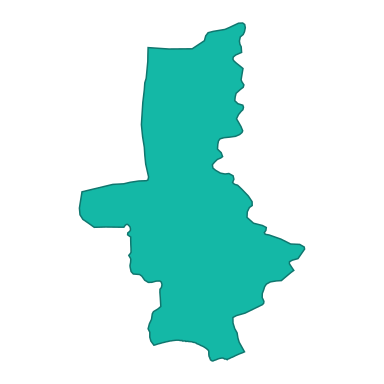 Atlántida, Canelones, Uruguay (Robinson projection)
{"feature_id": "84410073B77727536029585", "entity_name": "Atlántida", "entity_type": "district", "adm_level": 2, "iso_a3": "URY", "parent_name": "Uruguay", "parent_adm1": "Canelones", "projection": "robinson", "projection_center": [-55.769, -34.694], "detail": "fine", "context": "isolated", "style": "filled", "palette": "teal", "viewbox_px": 384, "rotation_deg": 0, "n_neighbors": 0, "source": "geoboundaries", "source_scale": "gbopen_adm2", "svg_char_len": 3721}
<svg xmlns="http://www.w3.org/2000/svg" viewBox="0 0 384 384"><path d="M153.9,345.2L155.5,344.8L156.6,344.4L157.8,344.0L158.9,343.7L159.9,343.5L161.2,343.1L162.1,342.8L162.6,342.7L164.0,342.4L165.1,342.1L166.2,341.8L167.4,341.6L168.7,341.3L169.8,341.0L170.6,340.9L171.7,340.8L172.6,340.6L173.6,340.5L174.4,340.4L175.4,340.3L176.3,340.2L177.3,340.2L178.0,340.2L178.7,340.2L179.3,340.3L180.0,340.5L180.7,340.5L182.1,340.5L182.4,341.0L184.0,341.0L184.8,340.9L185.5,341.1L185.7,341.4L187.3,341.3L188.5,341.4L188.8,341.6L189.7,341.6L191.2,341.7L192.0,341.8L193.2,342.3L193.7,342.4L194.8,342.5L195.5,342.8L196.1,343.0L196.3,343.3L196.7,343.6L198.3,344.2L199.0,344.5L199.5,344.7L200.3,345.2L200.6,345.4L201.2,345.6L202.8,346.3L203.4,346.6L203.8,346.8L204.4,347.3L205.1,347.6L205.5,348.0L206.1,348.3L206.5,348.6L206.8,349.0L207.3,349.3L207.8,349.8L208.1,350.1L208.6,350.9L208.8,351.6L208.8,352.3L208.8,353.2L208.8,353.7L208.8,354.3L208.9,354.8L208.9,355.4L209.1,355.9L209.1,356.6L209.9,357.8L209.9,358.5L210.2,359.0L210.6,359.5L210.5,359.8L211.2,360.4L211.9,360.8L212.9,361.0L214.2,360.4L216.0,359.8L217.8,359.0L219.7,358.4L222.0,358.0L223.3,358.2L224.0,358.5L224.4,359.0L225.3,359.0L225.8,359.0L226.6,359.4L227.2,359.7L227.5,359.3L228.3,358.9L229.6,358.4L231.3,357.5L232.3,357.2L234.4,356.2L235.3,355.7L237.1,354.9L239.1,354.0L241.7,353.0L242.6,352.7L244.5,351.8L239.2,342.3L237.9,338.0L237.1,332.9L234.7,328.6L233.0,323.0L232.9,317.5L236.4,315.6L245.1,313.1L254.1,308.7L262.5,304.6L263.7,303.2L263.9,301.3L262.2,297.6L262.3,293.5L263.7,289.8L264.6,286.8L266.4,284.1L270.4,281.9L276.5,280.9L281.4,280.6L283.8,278.5L291.2,272.3L293.8,270.4L292.3,268.2L289.4,263.8L289.5,261.7L292.3,260.2L298.0,258.6L304.6,249.1L304.2,247.0L299.7,244.4L290.6,244.0L280.9,239.1L269.2,235.0L265.3,234.3L264.3,232.7L265.9,230.4L266.3,227.5L262.5,225.5L253.5,223.2L247.0,217.4L247.3,211.8L249.4,207.5L252.2,205.5L252.1,201.7L248.4,196.1L241.9,189.3L237.6,185.2L234.5,184.3L232.6,182.5L233.9,179.2L233.1,175.8L228.9,173.5L225.1,174.0L220.4,173.1L215.6,170.3L212.9,168.0L212.4,164.7L214.5,162.2L217.4,159.4L220.9,157.9L222.6,156.6L221.2,152.7L217.5,149.1L217.8,144.4L218.5,140.9L220.1,138.8L224.0,137.7L229.9,137.1L235.6,136.3L239.7,134.5L242.0,132.5L242.7,130.8L241.0,126.6L238.5,122.2L236.5,118.8L238.5,114.6L241.1,111.4L242.9,109.7L243.5,107.2L242.8,105.2L237.9,103.7L234.8,100.7L235.2,96.9L236.1,93.3L240.2,89.6L243.2,87.3L243.9,84.9L241.9,81.8L241.1,79.9L241.6,76.7L242.4,72.0L243.0,68.5L236.3,63.1L234.0,61.0L232.9,59.3L233.3,57.0L235.7,55.0L239.1,53.5L241.6,52.4L241.2,46.8L239.9,44.2L239.4,41.0L240.3,36.9L243.2,34.5L244.5,31.7L245.3,27.7L244.7,24.5L242.7,23.0L238.5,23.2L229.4,27.5L225.0,29.4L213.1,31.4L208.1,32.7L205.7,35.9L204.4,40.7L192.2,48.8L168.8,49.0L148.1,47.6L147.9,55.0L147.8,61.4L146.2,78.3L144.8,82.9L144.3,89.9L142.8,102.6L141.4,124.7L142.6,136.7L144.3,147.2L144.8,155.1L145.7,164.1L148.6,177.0L147.9,180.0L146.4,180.7L138.7,181.0L130.1,182.3L123.7,183.8L112.8,184.4L82.0,191.8L79.4,208.1L80.0,214.8L82.9,219.4L88.5,223.2L94.2,227.3L105.7,227.0L121.7,227.2L123.9,227.2L125.2,225.3L126.5,224.4L127.6,224.4L129.1,225.8L130.1,227.1L130.5,229.0L130.4,230.4L129.3,231.7L127.8,232.9L127.6,234.8L129.1,235.9L130.7,237.0L130.7,239.9L130.8,244.4L131.0,248.5L131.0,252.4L129.9,254.1L128.8,255.3L129.4,256.5L130.3,257.8L130.8,259.3L130.6,262.4L130.0,265.4L130.1,266.9L131.1,271.6L133.3,274.0L139.6,274.5L141.9,276.2L144.7,280.2L148.3,282.4L151.8,282.3L156.2,281.1L159.8,281.0L161.3,282.1L162.0,284.7L161.4,287.5L160.0,289.2L159.9,292.4L160.3,297.8L160.8,306.5L157.7,309.1L153.5,311.6L152.3,313.8L151.5,319.3L149.4,323.8L148.1,328.8L149.8,332.2L149.8,337.2L150.9,341.1L153.9,345.2Z" fill="#14b8a6" stroke="#0f766e" stroke-width="1.5"/></svg>